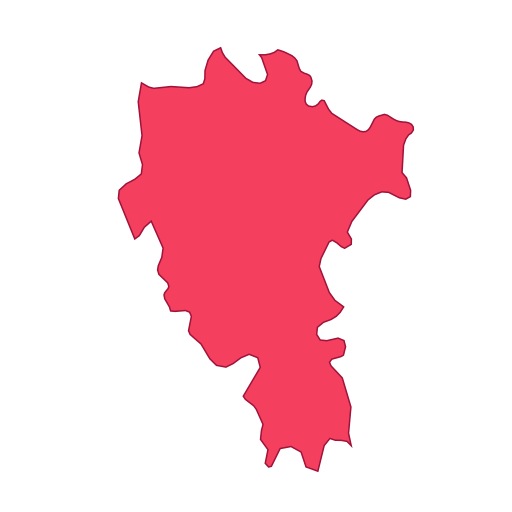 the Metropolitan department of Tarn-et-Garonne, rotated 98°
{"feature_id": "FRA-5347", "entity_name": "Tarn-et-Garonne", "entity_type": "Metropolitan department", "adm_level": 1, "iso_a3": "FRA", "parent_name": "France", "parent_adm1": "", "projection": "orthographic", "projection_center": [1.243, 44.083], "detail": "fine", "context": "isolated", "style": "filled", "palette": "rose", "viewbox_px": 512, "rotation_deg": 98, "n_neighbors": 0, "source": "natural_earth", "source_scale": "10m", "svg_char_len": 2355}
<svg xmlns="http://www.w3.org/2000/svg" viewBox="0 0 512 512"><g transform="rotate(98 256 256)"><path d="M463.2,214.1L460.0,218.0L446.1,217.2L437.0,226.0L428.1,226.3L421.8,225.6L407.9,234.3L404.7,237.3L399.5,246.5L396.6,249.1L365.7,236.3L356.5,240.1L354.3,249.1L358.9,256.8L365.7,263.7L370.2,270.3L369.8,279.9L364.3,287.3L350.8,298.2L342.9,310.3L339.4,312.4L324.8,311.6L320.9,313.9L319.8,318.2L322.1,328.5L322.3,332.9L318.4,334.7L311.1,340.4L307.3,341.7L304.9,341.2L300.4,338.5L298.2,338.1L294.9,339.7L287.7,349.6L283.5,351.5L279.2,351.4L270.5,349.1L261.1,349.1L236.1,364.6L243.1,370.6L252.1,374.4L256.0,378.4L218.2,400.3L209.9,400.6L202.5,394.5L196.9,386.7L190.7,381.0L181.4,381.1L170.2,386.2L152.7,385.6L119.6,394.1L100.5,393.5L103.6,385.8L104.2,380.6L100.0,363.7L98.7,345.7L96.5,337.9L92.8,332.2L87.7,331.3L79.4,332.3L68.7,330.7L59.1,326.5L54.7,320.0L59.3,317.6L63.5,314.2L81.5,290.7L84.5,283.2L84.4,276.0L81.1,271.0L74.7,269.8L58.8,278.0L56.3,280.6L55.5,275.0L53.9,270.1L51.8,266.2L48.8,263.1L49.7,257.8L50.4,255.1L52.6,248.4L54.5,245.2L57.0,242.6L64.2,239.3L66.9,237.3L68.3,233.6L68.8,230.8L69.7,228.1L71.2,226.6L74.9,224.9L78.1,224.8L81.2,225.7L86.9,228.5L90.0,229.2L93.0,229.3L96.0,228.9L98.6,227.4L100.2,224.8L100.3,220.9L99.1,217.9L96.8,215.6L94.1,214.1L92.5,212.5L92.7,210.1L100.5,204.6L104.2,200.8L116.8,173.4L117.9,170.3L118.1,167.2L117.3,164.3L115.2,162.2L112.6,160.8L104.1,157.9L101.8,156.2L100.3,153.9L97.9,148.6L98.3,145.5L101.5,138.4L102.5,135.3L102.9,132.4L102.9,129.3L102.6,126.3L102.9,123.2L104.0,120.3L106.3,118.3L109.3,117.7L112.7,119.3L114.8,121.7L119.1,123.9L125.7,125.3L153.1,123.0L157.4,118.1L157.5,118.1L157.5,117.9L169.5,112.0L175.7,111.4L178.9,115.6L178.4,122.2L174.5,133.6L175.0,140.4L178.9,147.2L184.9,152.9L208.4,165.9L219.6,168.9L225.9,163.9L231.2,163.3L236.0,169.3L234.9,172.8L231.7,177.8L229.7,182.6L232.0,185.6L249.4,191.3L257.7,191.9L282.0,178.3L289.0,171.6L294.2,162.1L300.0,164.8L304.5,168.1L308.4,172.8L312.3,180.0L318.1,185.3L325.2,185.0L330.3,180.7L330.0,174.1L325.9,163.3L327.5,157.1L333.4,154.7L342.0,155.6L343.8,157.9L347.6,166.6L351.0,168.4L354.4,166.4L364.7,153.6L392.3,141.0L418.6,139.7L430.6,135.3L426.9,140.1L426.7,145.8L427.4,151.8L426.4,157.4L434.2,162.1L460.5,164.8L457.9,177.1L443.8,184.1L439.8,194.8L443.3,205.3L462.1,211.5L463.2,214.1Z" fill="#f43f5e" stroke="#9f1239" stroke-width="1.5"/></g></svg>